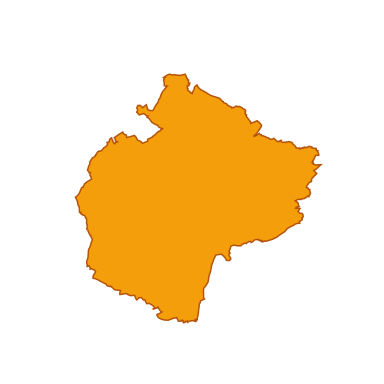 Manastireni, Cluj, Romania, rotated 149°
{"feature_id": "2599482B68229257959146", "entity_name": "Manastireni", "entity_type": "district", "adm_level": 2, "iso_a3": "ROU", "parent_name": "Romania", "parent_adm1": "Cluj", "projection": "robinson", "projection_center": [23.092, 46.785], "detail": "fine", "context": "isolated", "style": "filled", "palette": "amber", "viewbox_px": 384, "rotation_deg": 149, "n_neighbors": 0, "source": "geoboundaries", "source_scale": "gbopen_adm2", "svg_char_len": 6051}
<svg xmlns="http://www.w3.org/2000/svg" viewBox="0 0 384 384"><g transform="rotate(149 192 192)"><path d="M294.6,247.6L295.0,243.1L296.3,239.7L296.6,236.7L298.9,232.6L298.5,231.6L297.8,231.6L298.3,230.9L298.3,229.9L297.6,229.4L297.7,228.8L296.2,227.1L296.2,225.3L296.6,224.8L296.3,223.4L296.5,222.6L298.6,219.3L298.6,217.8L299.2,217.4L299.8,216.0L301.3,214.6L300.9,212.5L301.4,211.6L301.3,210.6L301.6,209.7L301.3,208.2L301.8,207.3L301.2,206.5L301.6,205.9L301.9,202.3L304.5,200.5L307.2,197.9L310.6,195.6L314.8,189.5L317.8,186.9L318.9,185.5L319.1,184.6L319.0,183.5L320.2,182.6L320.3,182.2L318.2,181.6L318.4,179.2L319.1,178.3L317.2,177.7L316.9,176.6L315.8,175.5L315.7,173.3L319.3,171.4L320.6,170.3L321.2,168.9L319.2,167.2L312.9,156.9L313.1,155.5L312.6,154.8L310.9,153.1L310.2,153.3L308.6,147.9L304.0,144.4L305.8,142.8L306.6,141.2L300.8,138.9L299.7,137.8L299.9,137.4L298.3,135.0L294.4,132.9L295.1,129.6L294.8,127.9L291.8,128.7L289.6,127.4L289.5,125.4L289.0,124.2L288.1,123.8L287.8,123.3L288.3,121.9L288.2,119.4L286.0,118.6L284.0,114.6L283.7,112.3L284.0,111.6L285.4,111.9L285.5,111.5L282.0,110.8L280.2,111.3L280.9,110.7L280.9,110.2L280.5,110.1L280.4,106.6L280.2,105.2L279.7,104.7L283.4,104.6L284.7,105.2L285.6,104.6L285.5,101.7L284.1,99.2L281.5,96.4L278.5,94.4L273.2,93.4L269.8,92.2L270.2,88.2L266.5,86.4L266.6,87.2L266.2,87.0L265.9,86.5L265.9,85.5L266.7,84.7L266.6,84.3L265.9,84.0L264.5,84.4L264.5,84.0L262.5,83.9L262.7,82.5L261.6,82.7L259.6,82.2L257.4,81.3L256.6,80.2L256.2,80.5L255.9,80.0L255.5,80.4L255.3,80.1L254.9,80.2L254.7,81.0L254.2,80.8L254.6,80.6L254.4,80.2L255.5,79.3L255.4,79.0L253.3,79.9L251.6,82.1L250.1,83.5L243.3,92.3L241.6,93.2L240.7,94.3L236.4,93.8L236.5,95.4L232.4,102.5L231.5,103.4L227.9,104.8L224.7,106.5L220.0,111.9L216.8,114.6L213.1,118.9L207.7,123.3L203.9,125.7L198.9,123.6L197.8,120.4L197.4,116.9L197.7,115.9L196.4,114.6L195.4,114.1L193.4,114.4L192.9,115.5L193.0,118.7L192.0,119.7L190.8,120.0L191.0,120.9L190.9,122.0L188.4,123.7L187.5,124.8L186.4,125.6L183.4,124.9L180.9,122.6L177.9,120.8L174.3,121.3L172.0,120.2L171.9,119.9L170.8,120.3L168.2,120.0L167.0,119.2L167.3,118.3L165.0,118.1L163.3,118.7L161.4,118.2L160.2,117.1L160.0,117.4L159.5,116.9L159.8,116.7L159.0,116.1L159.0,115.3L158.3,114.6L158.0,114.8L157.9,114.3L157.5,115.2L157.6,114.5L157.2,114.5L157.3,113.8L156.9,113.9L156.8,112.8L154.9,112.7L154.6,112.0L153.0,111.4L148.1,110.2L142.3,109.6L139.8,110.0L132.9,110.3L129.0,111.6L125.8,111.6L122.2,111.1L120.0,111.4L116.6,110.4L115.7,109.7L115.2,111.4L112.1,111.4L111.2,112.1L111.2,113.2L110.6,113.1L109.4,113.6L108.4,115.9L108.7,116.8L110.5,118.4L111.1,120.7L108.0,122.2L111.6,124.7L110.7,125.3L107.6,124.3L107.7,125.3L106.7,128.3L108.1,131.3L104.8,131.0L102.3,129.4L102.1,129.7L99.2,128.6L96.7,128.5L95.1,128.9L94.2,127.7L92.9,129.1L92.5,128.8L90.9,130.2L90.3,132.8L89.8,133.5L90.6,133.8L90.5,135.5L91.6,137.1L90.3,138.1L86.4,139.9L84.5,139.4L83.7,140.0L83.3,141.1L81.8,142.0L75.6,143.5L76.5,147.7L74.2,147.6L67.4,149.0L72.2,151.6L73.5,153.1L74.0,154.9L73.1,154.3L72.9,156.3L72.4,157.0L71.7,156.6L67.1,159.7L64.5,158.2L63.7,159.7L63.5,162.1L62.8,162.4L64.0,163.8L63.1,165.3L66.6,168.0L66.0,168.7L68.1,170.9L70.4,171.0L71.1,171.4L71.7,171.2L72.3,172.5L73.5,172.7L73.8,172.3L74.6,173.0L75.1,172.8L75.8,173.4L77.2,173.0L77.1,174.4L78.3,174.6L80.1,176.4L79.8,177.0L80.0,178.5L81.0,182.0L80.7,182.5L81.0,183.3L83.2,185.4L85.7,186.3L86.3,186.2L87.0,187.1L88.8,187.8L89.6,189.6L88.9,190.3L89.8,190.7L90.9,190.2L91.5,190.9L92.4,190.8L92.9,191.2L94.2,195.8L96.0,196.0L98.2,197.1L98.1,197.8L98.6,198.9L100.0,200.4L100.6,201.7L102.5,203.9L103.5,204.5L103.1,205.4L104.2,206.3L104.1,207.5L108.5,207.4L110.1,207.7L109.7,208.4L107.4,208.6L103.3,210.3L98.8,212.5L98.0,213.5L98.6,217.4L99.3,218.6L99.4,219.5L106.3,220.5L105.6,221.4L106.5,229.0L105.5,230.0L106.3,231.1L106.1,231.9L105.3,232.3L105.3,233.4L104.1,233.9L104.2,235.8L105.2,236.4L105.8,238.7L107.4,241.0L108.8,241.4L109.6,242.8L110.5,243.0L112.7,242.7L113.5,243.6L114.7,243.7L114.5,244.4L115.6,246.3L116.3,246.9L116.5,248.1L117.1,248.7L117.0,250.0L118.7,252.0L118.9,252.8L118.6,253.3L119.5,254.6L119.7,256.6L120.1,257.5L120.0,258.0L126.3,265.2L130.5,273.3L131.8,275.1L132.7,278.3L132.6,281.2L135.7,280.7L137.4,278.8L140.3,277.2L140.5,276.6L141.2,276.2L142.0,277.2L141.8,277.9L142.4,278.6L142.3,279.7L143.2,281.0L143.0,282.3L142.2,282.7L142.4,283.7L141.8,284.3L141.6,285.3L139.9,284.7L137.9,286.3L139.2,286.9L138.2,287.8L138.0,289.1L137.3,289.6L137.9,290.6L137.5,291.8L137.8,292.4L137.1,296.4L142.4,298.2L146.7,301.5L148.6,302.5L150.7,304.6L153.1,305.0L157.3,304.8L156.4,303.9L157.8,303.4L159.0,302.1L159.3,300.4L161.0,297.5L160.5,296.6L158.6,295.6L164.3,293.6L167.7,291.9L170.7,289.3L173.0,288.2L175.2,286.2L177.2,285.6L183.5,282.0L183.9,282.0L186.3,283.7L187.3,285.1L187.2,286.6L186.2,290.3L191.2,289.9L191.2,291.3L191.9,293.1L193.9,294.0L196.0,292.6L196.2,290.7L196.8,289.8L198.3,288.9L197.5,285.2L193.4,284.3L192.6,283.4L191.6,280.5L190.6,279.9L192.0,279.4L190.9,276.9L190.5,272.3L188.4,268.4L187.2,267.1L187.0,264.8L186.0,263.0L184.5,261.5L184.9,261.1L186.3,261.5L187.6,260.8L189.6,261.2L190.7,260.8L191.1,261.0L193.1,260.3L196.4,259.8L197.0,260.0L197.6,259.5L202.8,260.0L203.8,258.4L209.4,259.2L209.8,261.5L212.0,264.5L211.7,267.4L212.2,270.1L219.8,272.2L219.8,272.9L219.1,274.0L219.0,274.7L220.2,276.1L220.7,277.3L220.5,279.0L225.3,279.0L229.3,278.6L231.2,278.8L230.4,278.3L230.3,277.0L231.1,276.1L231.2,275.2L230.1,273.3L230.7,273.4L231.6,274.1L232.9,273.6L233.1,273.1L234.0,273.7L234.0,274.0L233.1,279.8L234.8,279.7L235.7,279.3L237.2,277.7L239.3,278.3L239.6,276.7L241.5,275.4L245.3,275.2L248.1,274.0L250.2,274.5L250.5,274.9L251.9,275.0L253.3,274.5L253.5,274.0L255.3,273.6L255.5,273.1L256.5,272.9L256.6,272.6L259.2,272.4L259.6,272.6L261.3,271.9L264.3,270.2L264.8,268.8L267.1,267.5L270.5,264.3L269.9,262.8L270.3,261.3L269.7,261.0L270.1,260.9L270.0,259.9L270.9,258.7L270.8,257.2L271.4,254.8L276.7,254.8L280.0,254.3L281.0,253.4L282.9,252.6L283.0,252.0L284.5,252.5L288.2,249.7L290.6,248.3L293.6,247.5L294.6,247.6Z" fill="#f59e0b" stroke="#b45309" stroke-width="1.5"/></g></svg>